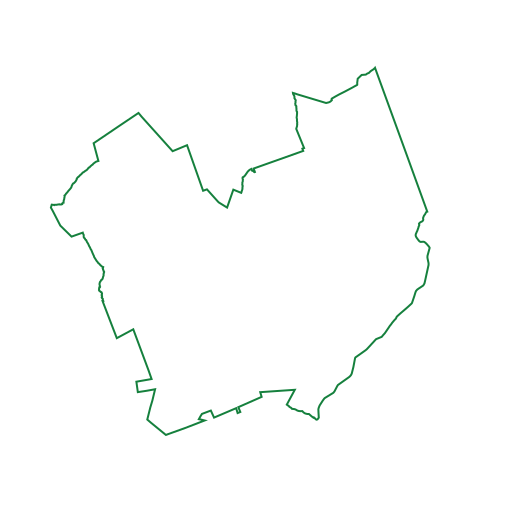 the district of Juárez, Chihuahua, Mexico, rotated 70°
{"feature_id": "50627088B5477759296036", "entity_name": "Juárez", "entity_type": "district", "adm_level": 2, "iso_a3": "MEX", "parent_name": "Mexico", "parent_adm1": "Chihuahua", "projection": "albers", "projection_center": [-106.665, 31.452], "detail": "fine", "context": "isolated", "style": "outline", "palette": "green", "viewbox_px": 512, "rotation_deg": 70, "n_neighbors": 0, "source": "geoboundaries", "source_scale": "gbopen_adm2", "svg_char_len": 6005}
<svg xmlns="http://www.w3.org/2000/svg" viewBox="0 0 512 512"><g transform="rotate(70 256 256)"><path d="M429.4,252.3L424.1,250.7L421.3,249.8L420.0,248.9L418.2,247.3L414.7,242.7L413.3,240.6L413.0,239.9L411.0,230.1L410.1,228.6L405.9,224.0L405.3,223.2L405.1,222.6L401.6,209.9L401.1,208.7L400.4,207.5L399.3,206.3L393.7,202.5L385.8,197.8L385.3,197.2L382.1,185.5L381.6,184.0L380.9,182.6L375.4,172.0L375.2,171.5L375.0,166.2L375.0,165.7L374.9,165.4L374.1,164.1L372.6,161.3L368.8,156.0L367.4,154.1L366.6,152.7L365.2,150.7L363.5,147.7L362.7,146.0L362.1,145.4L361.6,145.0L360.9,143.9L359.1,139.4L356.1,131.4L353.9,126.1L353.5,125.5L347.9,121.0L344.7,118.6L343.6,117.6L342.7,116.0L342.1,113.8L342.0,113.3L341.0,109.2L340.6,108.5L339.4,107.1L337.3,105.7L328.3,100.0L323.4,96.9L321.7,96.3L317.4,95.7L315.9,95.4L314.5,94.8L308.0,90.2L307.5,90.0L305.6,90.5L304.8,90.9L304.0,91.1L301.8,92.1L301.0,92.6L300.3,93.1L299.8,93.9L299.1,96.4L298.5,97.1L297.9,97.5L296.2,98.1L293.4,98.9L292.4,99.0L291.5,99.0L290.5,98.6L289.9,98.2L289.3,97.6L288.0,96.4L287.5,95.8L286.7,95.2L284.8,93.6L284.2,93.3L282.9,92.0L282.6,91.9L281.6,91.9L281.3,91.7L280.9,91.0L280.5,89.9L280.3,88.0L280.1,87.5L279.5,86.7L279.1,86.4L277.7,86.1L277.3,85.9L275.7,84.5L275.1,83.7L274.8,83.1L273.0,81.1L272.9,80.7L272.9,79.9L210.3,79.8L119.9,79.8L120.3,80.4L120.3,80.8L120.7,81.6L121.4,84.6L121.8,85.7L122.6,87.4L122.6,89.0L123.0,90.4L123.1,90.8L122.0,94.8L124.2,99.8L126.4,100.9L127.7,101.6L129.5,102.2L129.8,102.4L130.9,109.3L131.9,116.5L132.6,122.5L133.3,127.0L134.0,130.8L134.1,131.0L134.4,131.2L134.5,131.4L134.8,131.4L135.3,131.4L135.6,131.5L135.7,132.0L135.9,132.3L136.0,132.5L136.3,133.2L136.5,134.5L136.5,135.2L136.3,136.9L136.2,137.8L118.2,161.9L116.3,164.2L115.9,164.9L115.4,165.5L116.3,165.7L117.0,165.6L117.6,165.4L118.0,165.5L118.5,165.3L119.1,165.3L119.8,165.5L120.8,165.9L121.0,165.9L121.9,165.7L122.1,165.7L122.9,165.4L123.2,165.4L123.7,165.6L124.2,166.0L125.4,166.4L126.2,167.0L126.6,167.1L127.0,167.1L127.6,167.3L128.0,167.3L128.7,166.9L129.1,166.9L130.0,167.2L130.1,167.3L130.9,167.5L131.2,167.6L131.5,167.6L132.0,167.8L133.0,168.2L134.0,168.3L134.6,168.1L136.7,168.9L137.6,169.4L138.2,169.6L139.6,170.4L139.9,170.5L141.4,170.7L142.3,171.0L143.0,171.3L143.4,171.4L143.9,171.4L145.0,171.7L145.9,172.2L146.4,172.2L146.8,172.5L148.0,173.0L149.0,173.8L150.3,174.7L171.0,173.9L171.0,175.7L173.4,175.7L173.0,228.3L176.7,228.3L176.7,228.8L176.3,229.1L175.2,229.3L174.8,230.2L174.5,230.5L173.3,230.5L173.0,230.7L172.6,230.7L172.9,232.7L173.8,234.8L176.7,238.9L177.5,240.8L177.4,241.3L177.5,241.6L178.0,241.9L178.1,242.0L178.4,242.0L178.9,242.2L179.6,242.1L180.3,242.5L181.3,242.9L182.3,243.7L184.0,244.3L184.2,244.5L185.2,244.6L185.7,244.5L186.3,245.0L187.2,245.4L187.5,245.4L187.9,245.7L188.5,245.9L189.2,246.4L190.0,247.1L191.0,247.8L191.2,248.0L191.3,248.0L191.6,248.3L185.9,254.6L200.6,266.6L193.0,272.6L192.0,273.1L176.6,279.3L176.6,283.4L128.3,282.9L129.0,298.5L86.1,315.8L81.4,317.5L87.0,340.1L94.5,370.0L112.8,371.6L112.7,372.7L112.7,374.1L112.8,374.6L113.3,376.2L113.6,377.3L114.2,378.1L114.4,379.1L115.0,380.7L115.7,382.0L115.8,382.3L115.7,382.5L115.7,382.8L116.1,383.6L116.8,384.6L117.4,385.9L117.6,387.2L118.3,389.4L118.3,390.2L119.5,392.4L119.7,393.3L119.9,393.6L120.3,394.5L120.8,395.4L120.8,395.6L121.0,396.0L121.0,396.4L121.4,397.1L121.8,397.6L121.9,397.9L122.0,398.0L122.3,398.0L122.6,398.2L124.2,400.0L125.1,401.8L125.3,402.4L125.3,403.0L125.6,403.5L127.0,405.1L127.9,405.7L128.6,406.4L129.4,407.7L130.8,410.3L131.3,411.0L131.6,411.5L132.1,412.4L132.4,413.1L133.3,414.2L133.5,414.8L133.7,415.3L134.0,415.3L134.4,415.4L135.0,415.6L135.4,416.0L135.6,416.1L137.0,416.8L137.9,417.6L139.3,418.3L140.1,418.6L140.0,419.1L140.3,420.1L140.6,420.5L141.0,420.5L141.0,421.2L140.7,422.2L140.5,422.8L140.2,423.0L139.9,424.4L139.7,425.5L139.7,425.8L139.0,427.7L139.2,428.1L138.5,429.1L137.9,430.4L140.4,432.2L143.9,431.6L160.5,429.5L174.7,422.7L174.8,410.8L175.7,410.9L177.4,410.7L178.3,411.1L179.2,411.4L179.6,411.4L180.2,411.3L180.8,410.9L181.1,410.8L182.0,410.8L182.7,410.5L182.9,410.2L183.2,410.1L184.7,410.1L186.9,409.6L187.8,409.5L189.7,409.4L191.1,409.1L193.1,409.0L194.1,408.7L197.3,408.6L199.9,408.4L200.5,408.3L201.3,408.4L201.7,408.4L206.3,407.4L207.2,407.0L208.8,406.6L209.0,406.5L209.4,406.1L210.4,405.7L211.1,405.5L211.9,405.0L212.5,404.8L213.0,404.4L213.5,404.2L214.1,403.4L214.4,403.6L214.5,403.6L214.7,403.8L215.1,404.1L215.3,404.3L215.8,404.2L216.1,404.3L216.3,404.3L216.5,404.4L217.4,404.2L217.9,404.4L218.9,404.1L219.2,404.2L219.9,404.9L220.0,405.0L220.3,405.0L220.5,405.2L221.5,405.7L221.8,405.7L222.5,406.1L223.1,406.7L224.1,407.4L224.8,407.8L225.2,408.3L225.3,408.7L225.5,408.8L225.6,409.1L225.6,409.6L226.4,410.5L226.8,410.9L226.9,411.3L227.4,411.8L228.1,412.2L228.5,412.5L228.9,412.7L230.2,412.9L230.5,412.9L231.0,413.2L231.1,413.3L231.7,413.1L231.8,413.2L231.9,413.3L231.9,413.6L232.0,413.8L232.0,414.0L232.6,414.5L233.1,414.5L234.2,415.2L234.8,415.2L235.2,415.1L235.8,414.6L236.0,414.6L236.4,414.2L236.9,414.1L237.2,413.6L237.5,413.5L238.1,413.6L238.5,413.5L239.0,413.7L239.7,414.1L239.8,414.4L240.8,414.6L241.0,414.6L241.1,414.4L241.8,414.6L242.3,415.2L242.9,415.1L243.2,414.9L243.4,414.8L243.8,414.6L244.6,414.9L245.4,414.9L245.7,414.9L245.6,415.1L245.6,415.6L285.6,414.9L282.9,396.4L327.1,396.1L335.9,396.2L333.2,411.4L343.5,413.6L345.3,404.6L346.7,396.4L356.5,402.9L362.0,407.0L372.5,414.1L376.8,411.7L393.3,401.9L393.4,381.5L393.0,360.5L391.1,363.3L389.8,365.5L387.7,363.1L385.9,360.8L385.8,351.3L393.5,350.7L392.2,326.7L397.3,327.0L397.2,324.1L392.0,324.3L390.3,298.9L385.4,298.6L395.0,265.3L406.2,277.9L408.4,276.4L409.0,276.3L409.8,275.7L410.2,275.3L410.9,274.8L411.9,274.5L413.0,272.3L413.7,271.4L414.6,270.6L415.3,270.1L416.3,268.8L417.1,267.1L417.6,265.5L418.9,265.0L419.7,264.5L420.4,264.0L421.1,263.2L422.1,261.7L422.6,260.3L426.0,258.4L427.5,257.4L427.3,257.1L427.3,256.9L428.4,256.4L428.5,256.2L430.0,255.6L430.6,254.9L430.5,254.0L429.4,252.3Z" fill="none" stroke="#15803d" stroke-width="2"/></g></svg>